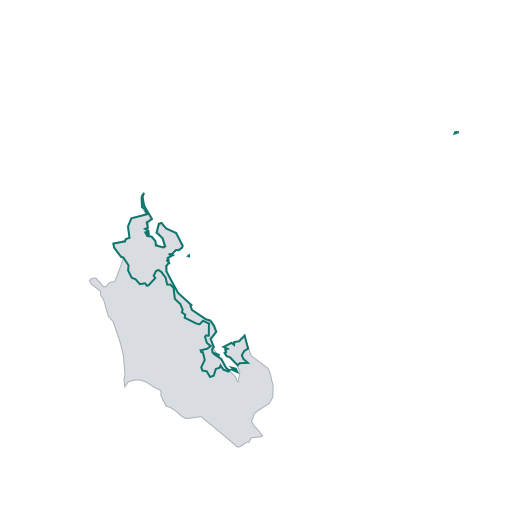 Costa Rica, with Puntarenas highlighted, rotated 200°
{"feature_id": "CRI-1330", "entity_name": "Puntarenas", "entity_type": "Province", "adm_level": 1, "iso_a3": "CRI", "parent_name": "Costa Rica", "parent_adm1": "", "projection": "albers", "projection_center": [-84.164, 7.924], "detail": "medium", "context": "in_parent", "style": "outline", "palette": "teal", "viewbox_px": 512, "rotation_deg": 200, "n_neighbors": 0, "source": "natural_earth", "source_scale": "10m", "svg_char_len": 3581}
<svg xmlns="http://www.w3.org/2000/svg" viewBox="0 0 512 512"><g transform="rotate(200 256 256)"><path d="M404.2,175.9L403.8,177.1L402.7,178.4L401.1,179.6L399.0,180.5L393.9,177.9L388.8,174.9L386.1,176.3L385.0,180.2L383.2,182.2L380.8,183.0L379.9,184.3L379.7,197.5L379.9,209.8L383.8,210.1L390.1,214.4L392.9,216.9L393.7,219.2L392.9,220.4L388.3,223.1L383.8,226.5L381.5,230.8L385.5,237.7L386.4,242.4L386.2,247.3L385.2,249.6L376.4,255.3L374.4,257.2L374.7,258.7L379.6,262.5L381.9,266.3L383.8,270.8L384.1,274.7L379.7,267.5L373.5,260.5L368.2,256.2L367.8,246.3L365.6,240.8L357.6,235.9L350.8,232.4L345.7,233.1L348.8,238.8L356.9,246.2L357.4,249.0L357.3,252.8L351.8,252.2L346.9,250.7L340.9,250.2L337.0,248.0L328.6,239.2L334.5,231.7L336.4,226.7L336.2,216.5L334.8,211.6L328.4,204.0L318.1,195.8L303.7,189.0L296.9,183.6L280.1,179.4L273.7,176.6L268.7,171.5L268.0,167.8L269.7,162.1L265.1,154.9L245.1,140.7L233.9,135.4L231.5,132.4L229.7,131.4L231.4,141.2L236.3,147.1L249.1,152.6L252.6,155.8L254.0,160.0L246.6,168.0L242.8,170.0L241.7,174.3L239.2,175.7L236.7,173.1L226.3,160.6L206.3,154.5L202.7,150.8L195.3,139.4L191.9,128.9L193.1,122.0L201.4,111.2L204.0,106.5L203.5,103.6L203.8,99.3L200.7,96.3L193.1,92.4L188.3,89.2L189.6,87.7L198.3,83.5L198.9,79.8L198.9,78.5L200.3,78.2L201.6,77.2L202.3,76.2L204.7,72.6L206.8,70.5L209.2,70.2L212.1,71.7L223.1,75.7L235.3,80.1L252.7,86.3L259.9,82.4L266.1,79.3L270.4,79.8L279.7,83.3L285.4,84.4L288.8,84.1L294.8,89.3L298.1,93.2L298.6,95.8L300.4,97.2L305.1,97.5L316.5,100.1L323.5,99.6L329.8,96.8L333.3,93.4L334.4,88.2L335.9,90.8L337.8,94.9L338.7,100.1L346.9,117.7L353.5,127.6L367.8,145.5L374.1,148.8L384.6,163.2L388.2,165.6L390.3,169.8L401.2,173.3L404.2,175.9Z" fill="#d9dde1" stroke="#a8b0b8" stroke-width="1"/><path d="M380.0,209.1L382.5,209.0L392.3,215.4L394.3,218.9L384.0,224.9L384.2,227.3L381.1,229.8L386.4,240.0L386.0,248.8L372.8,257.9L376.5,262.0L379.9,263.1L383.6,272.7L382.9,277.1L382.7,272.5L378.3,264.9L366.4,255.2L370.2,250.1L367.3,245.7L369.5,243.5L365.9,243.0L364.2,239.9L365.0,238.9L366.2,241.6L368.1,240.3L365.0,237.6L360.6,238.5L355.5,235.5L353.7,231.6L345.8,232.4L344.6,234.0L349.9,240.8L357.5,243.9L358.3,253.1L356.1,254.8L349.9,251.1L338.9,250.3L328.4,240.6L328.2,238.6L330.6,235.0L333.3,234.2L335.5,229.1L338.8,227.8L334.5,228.2L338.4,223.9L336.2,221.0L338.8,221.9L335.3,219.7L337.0,216.1L335.0,211.0L316.6,194.6L299.8,187.8L300.4,186.6L297.8,183.4L281.7,179.4L276.7,179.7L271.4,176.0L267.4,171.2L270.3,162.5L264.4,155.9L265.4,153.4L263.9,150.5L256.3,150.4L260.4,149.1L253.3,147.3L245.8,140.6L241.8,139.2L242.3,138.0L247.7,138.0L251.9,141.0L251.9,138.7L255.1,136.1L254.8,129.1L257.8,126.6L262.9,130.8L267.1,130.0L269.4,132.6L268.6,140.8L273.0,147.4L274.5,146.9L275.8,148.4L270.2,152.1L267.7,155.9L272.4,157.5L276.2,162.5L276.0,164.1L273.1,165.0L277.1,176.4L283.6,177.0L285.6,172.6L288.6,172.1L301.9,173.6L302.4,176.6L306.4,177.7L306.5,180.4L310.6,184.9L317.6,187.9L322.5,197.8L326.6,199.8L329.7,198.8L333.6,204.8L339.6,208.7L342.9,209.5L344.8,207.6L345.4,202.5L343.1,200.8L346.8,192.1L348.2,190.7L350.9,192.4L355.5,189.8L361.3,193.0L365.3,193.0L371.2,198.6L372.6,203.6L380.0,209.1ZM235.9,147.0L245.7,151.9L249.3,151.8L252.4,154.1L251.2,155.7L252.8,157.6L251.0,159.0L255.4,159.5L249.3,166.1L246.2,165.0L247.0,167.7L242.6,170.2L239.5,177.4L231.8,166.3L234.6,162.7L235.4,157.9L232.6,154.9L227.1,152.8L234.8,149.6L235.9,147.0ZM238.2,141.8L240.4,142.8L236.4,143.2L233.8,140.5L239.6,141.0L238.2,141.8ZM111.2,440.5L107.8,441.8L111.3,439.0L111.2,440.5ZM319.2,233.6L318.9,232.7L319.8,232.7L319.2,233.6Z" fill="none" stroke="#0f766e" stroke-width="2"/></g></svg>